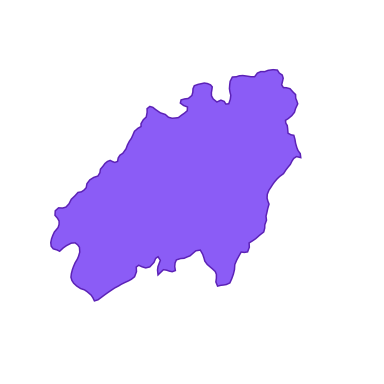 Paraguaçu, Minas Gerais, Brazil, rotated 223°
{"feature_id": "56859067B60579202812316", "entity_name": "Paraguaçu", "entity_type": "district", "adm_level": 2, "iso_a3": "BRA", "parent_name": "Brazil", "parent_adm1": "Minas Gerais", "projection": "robinson", "projection_center": [-45.749, -21.568], "detail": "fine", "context": "isolated", "style": "filled", "palette": "violet", "viewbox_px": 384, "rotation_deg": 223, "n_neighbors": 0, "source": "geoboundaries", "source_scale": "gbopen_adm2", "svg_char_len": 3188}
<svg xmlns="http://www.w3.org/2000/svg" viewBox="0 0 384 384"><g transform="rotate(223 192 192)"><path d="M112.3,211.7L114.2,215.2L116.4,217.7L118.3,222.2L121.4,224.8L123.2,228.0L125.4,231.7L127.4,235.7L130.2,237.0L132.9,238.7L135.4,241.7L137.0,245.9L137.5,249.1L138.1,252.3L138.5,255.4L138.7,259.5L138.5,263.2L137.6,267.8L138.4,272.3L138.7,275.6L138.9,279.2L140.0,282.9L140.5,285.9L139.7,289.2L135.9,291.3L139.0,293.9L142.7,294.6L145.7,296.0L149.5,298.3L152.6,300.7L156.2,302.9L158.7,301.3L161.9,300.5L165.4,303.7L167.7,305.6L170.3,306.3L172.5,308.2L171.7,311.2L171.1,315.9L171.4,320.1L173.2,323.7L174.8,328.6L177.7,330.2L180.1,331.3L182.7,333.9L186.1,334.0L190.8,334.4L194.3,332.5L196.3,330.7L199.5,331.5L201.4,334.9L202.9,337.4L205.8,339.1L209.3,338.5L212.7,339.4L216.1,336.8L219.3,332.9L220.9,329.6L223.8,327.0L225.3,323.6L224.8,319.0L227.5,316.5L230.6,314.4L234.3,311.8L236.7,309.2L238.1,306.6L240.9,303.6L239.6,299.0L237.6,296.2L235.1,293.1L232.4,291.0L229.6,289.2L227.2,285.9L225.3,281.6L227.2,279.4L230.2,280.2L233.5,278.9L235.2,274.8L239.9,274.5L243.3,275.6L245.6,277.9L247.3,280.5L248.9,282.7L251.5,283.0L254.6,281.9L257.3,280.1L258.9,277.8L261.0,274.8L262.8,271.3L261.7,268.2L259.5,265.6L257.9,262.5L258.5,257.9L260.9,255.0L262.8,251.9L261.2,249.1L257.2,249.5L253.3,251.1L250.9,248.2L251.3,244.5L252.0,241.4L252.7,237.1L254.8,234.6L256.8,232.4L260.2,230.6L264.4,230.5L269.2,228.3L274.7,227.5L278.4,227.2L281.2,225.8L281.7,222.3L279.1,219.6L276.6,215.6L276.9,211.7L275.9,207.2L273.9,205.1L275.0,201.8L275.5,197.2L274.0,193.1L273.0,190.1L272.4,186.3L271.3,182.4L269.7,178.6L269.0,173.1L269.8,169.8L269.2,166.6L267.3,163.6L268.6,161.0L271.0,160.0L273.4,159.3L274.7,156.6L275.1,153.5L274.7,150.3L274.5,146.2L272.5,143.3L271.7,139.5L273.8,135.7L275.0,131.2L274.5,126.4L272.3,123.0L272.3,119.7L273.0,116.7L275.1,113.9L275.0,109.5L275.3,104.3L273.9,99.5L273.9,95.0L275.7,92.0L278.8,89.4L279.2,85.0L276.3,81.5L272.5,81.1L269.4,80.1L267.2,77.8L265.7,74.7L265.4,68.9L264.2,65.3L262.8,62.0L260.8,58.7L258.0,56.3L254.7,55.8L251.1,57.6L248.4,58.4L248.0,63.6L247.2,67.3L245.4,72.3L242.8,75.1L239.6,75.4L236.6,74.8L233.1,71.5L231.1,67.5L230.1,64.7L229.2,60.5L227.8,56.6L226.5,53.6L224.6,50.1L222.4,47.1L219.5,45.4L216.3,44.6L212.3,44.6L207.6,45.4L203.9,47.1L200.6,47.6L195.4,47.8L192.5,47.1L189.1,45.8L187.2,49.1L186.4,53.5L185.7,57.4L184.9,61.3L184.1,64.8L183.1,69.1L181.6,73.3L180.8,76.3L179.4,80.0L177.8,83.8L176.8,86.9L176.2,90.8L178.3,95.9L181.6,99.1L181.0,102.1L177.6,103.2L174.1,104.9L171.8,108.4L171.8,114.6L173.3,118.6L172.7,121.5L168.5,120.4L167.3,117.3L166.0,114.2L164.0,111.4L160.3,108.2L159.9,115.7L157.3,117.5L154.6,118.7L152.1,120.2L150.6,123.2L153.8,125.7L156.0,128.6L157.1,131.7L155.0,135.5L152.6,138.1L151.3,141.1L149.9,144.0L149.5,148.0L149.1,151.6L146.3,155.2L141.6,153.7L138.1,151.8L135.5,150.2L131.5,149.4L124.7,149.7L120.8,149.7L118.0,148.4L115.4,145.6L113.2,142.5L109.1,140.6L107.3,143.4L105.5,145.5L103.8,147.7L102.3,151.3L103.8,155.7L105.7,160.1L108.0,164.2L111.2,168.1L112.9,172.8L114.2,177.8L115.1,181.6L112.5,183.5L110.5,186.1L112.4,190.7L115.5,193.7L114.6,196.9L113.6,201.2L113.1,206.5L112.3,211.7Z" fill="#8b5cf6" stroke="#5b21b6" stroke-width="1.5"/></g></svg>